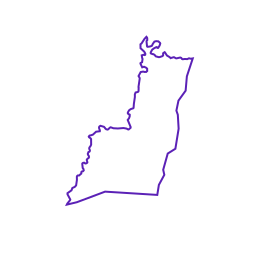 Mineral, West Virginia, United States of America (Robinson projection), rotated 333°
{"feature_id": "52423323B84161084981084", "entity_name": "Mineral", "entity_type": "district", "adm_level": 2, "iso_a3": "USA", "parent_name": "United States of America", "parent_adm1": "West Virginia", "projection": "robinson", "projection_center": [-78.932, 39.443], "detail": "fine", "context": "isolated", "style": "outline", "palette": "violet", "viewbox_px": 256, "rotation_deg": 333, "n_neighbors": 0, "source": "geoboundaries", "source_scale": "gbopen_adm2", "svg_char_len": 2541}
<svg xmlns="http://www.w3.org/2000/svg" viewBox="0 0 256 256"><g transform="rotate(333 128 128)"><path d="M97.9,116.8L93.7,118.0L91.3,117.6L90.3,117.3L89.8,117.5L89.4,117.7L89.1,117.9L89.1,118.4L89.3,119.0L89.9,120.0L90.1,121.1L87.6,126.1L86.5,127.0L84.7,127.9L84.0,128.9L84.0,129.8L83.9,130.6L83.6,131.1L83.1,131.5L82.5,131.6L81.8,131.5L80.4,132.8L80.2,133.8L80.4,135.0L80.1,136.2L79.4,136.8L78.1,137.0L77.0,137.4L76.6,138.2L76.4,139.5L76.1,140.3L75.6,140.5L75.0,140.5L74.4,140.5L73.8,140.2L73.2,139.0L72.2,138.7L71.6,138.7L71.0,139.1L69.5,143.0L69.7,144.3L69.3,145.7L68.3,146.1L67.1,145.8L66.4,146.1L65.7,147.4L62.8,148.1L61.7,147.5L61.0,147.6L60.3,148.2L58.9,151.1L55.7,155.6L53.8,156.3L51.2,156.2L49.3,157.9L44.5,158.6L44.0,159.6L44.1,165.5L43.6,166.0L39.6,167.8L38.7,168.5L48.7,170.9L78.7,174.3L123.7,200.9L129.7,192.7L139.1,186.2L140.4,181.2L151.8,168.8L160.8,168.0L172.8,151.6L178.4,138.8L179.0,134.5L185.4,126.5L196.3,120.9L203.9,108.7L217.3,95.4L215.4,94.8L214.0,93.6L212.0,93.5L210.0,92.3L208.0,91.6L207.4,90.9L207.3,89.8L207.0,89.4L206.5,88.9L202.9,88.0L202.4,87.7L201.1,85.8L200.6,85.6L197.8,85.1L197.7,85.1L197.3,83.8L195.6,81.1L195.3,78.1L195.1,77.1L193.7,77.2L193.2,77.4L192.3,79.2L191.4,79.6L188.4,79.2L187.4,78.7L185.3,76.8L185.1,76.1L185.0,75.3L184.4,74.1L184.0,73.6L183.4,73.3L182.2,71.9L182.2,71.6L182.6,70.9L185.1,69.2L187.4,68.8L190.0,68.8L190.6,69.3L190.6,70.0L191.3,70.3L193.6,68.9L195.1,67.4L195.2,66.8L194.4,64.6L192.5,63.4L190.8,63.0L188.5,64.2L186.6,65.6L184.7,65.4L182.4,64.6L182.1,64.3L182.1,63.7L183.8,59.3L184.3,58.7L185.1,58.4L185.9,56.7L186.0,56.0L185.8,55.1L183.1,56.1L178.5,58.8L177.5,59.0L177.1,59.1L175.4,62.6L177.1,67.3L177.2,68.5L177.1,69.9L176.5,70.6L175.8,70.5L175.4,69.9L173.2,69.5L172.4,72.1L172.3,73.1L170.4,75.8L168.7,75.8L168.3,76.3L168.2,80.4L170.1,80.7L171.5,82.5L172.0,83.8L171.0,85.9L169.7,86.3L168.2,85.6L167.1,84.6L164.7,83.9L164.3,84.2L161.0,86.5L161.1,88.6L160.8,89.4L155.9,96.3L155.9,96.7L154.2,99.8L153.6,100.3L152.9,100.3L150.9,99.8L149.4,101.1L148.2,103.5L144.3,109.0L142.1,112.6L141.6,112.8L139.0,112.4L137.1,112.7L135.6,113.6L134.6,114.5L134.5,115.0L134.8,116.0L135.5,116.6L135.6,117.0L134.7,118.5L133.3,119.8L131.4,120.7L130.8,128.3L130.4,129.0L130.0,129.1L127.9,129.6L127.3,129.2L126.5,127.9L124.0,126.0L118.7,123.8L114.9,121.6L112.9,119.5L111.9,119.5L109.7,120.2L109.0,120.1L108.0,119.2L107.5,118.0L107.5,117.3L107.1,116.0L104.4,113.5L103.2,113.7L102.6,114.1L102.2,114.9L102.0,116.1L101.9,117.3L101.4,118.1L97.9,116.8Z" fill="none" stroke="#5b21b6" stroke-width="2"/></g></svg>